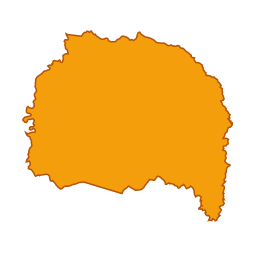 the district of Morrinhos, Goiás, Brazil, rotated 355°
{"feature_id": "56859067B47188635940101", "entity_name": "Morrinhos", "entity_type": "district", "adm_level": 2, "iso_a3": "BRA", "parent_name": "Brazil", "parent_adm1": "Goiás", "projection": "orthographic", "projection_center": [-49.117, -17.8], "detail": "fine", "context": "isolated", "style": "filled", "palette": "amber", "viewbox_px": 256, "rotation_deg": 355, "n_neighbors": 0, "source": "geoboundaries", "source_scale": "gbopen_adm2", "svg_char_len": 5781}
<svg xmlns="http://www.w3.org/2000/svg" viewBox="0 0 256 256"><g transform="rotate(355 128 128)"><path d="M222.5,164.7L222.9,163.4L223.7,162.3L223.6,160.7L222.5,158.9L220.5,158.4L220.9,157.4L221.8,156.6L221.2,155.4L221.6,154.3L224.2,154.3L225.0,153.2L226.3,152.6L226.5,151.7L226.3,150.6L226.2,149.3L227.1,148.3L225.9,147.1L224.6,146.8L221.8,146.7L223.2,144.7L223.7,143.7L224.1,142.4L224.9,141.4L226.5,140.2L226.7,138.8L227.2,137.8L228.0,136.3L229.8,136.1L231.0,135.4L232.2,133.6L232.3,132.1L231.4,132.5L231.0,130.1L230.3,130.8L229.7,129.4L229.1,128.5L228.4,127.6L230.0,127.7L230.3,126.6L229.5,125.6L230.4,124.5L230.8,123.5L230.0,122.8L229.1,122.3L229.3,121.2L228.6,120.0L227.4,119.2L226.9,118.4L227.6,117.5L226.6,116.1L226.2,115.1L225.2,114.5L224.4,113.7L223.6,110.8L222.8,109.1L224.3,108.7L225.2,108.7L226.3,107.4L225.9,106.3L225.7,104.7L225.2,103.5L224.9,102.4L225.2,101.2L225.3,99.8L224.9,98.7L225.4,97.2L224.6,96.4L223.3,95.5L224.5,93.8L223.6,92.4L223.1,91.1L222.0,90.4L221.4,88.9L221.3,87.5L219.0,86.1L218.7,85.0L217.8,84.6L216.3,85.0L215.5,84.1L214.2,83.2L212.7,82.7L211.7,82.5L210.6,82.7L210.2,81.5L210.4,79.8L209.3,78.8L208.8,77.5L208.1,76.8L208.0,74.3L207.4,73.3L207.5,71.9L205.3,69.9L204.3,69.3L203.3,69.0L202.3,69.0L201.1,68.5L200.5,67.1L199.8,66.0L199.7,65.0L200.4,64.0L198.0,63.3L197.0,62.3L197.4,61.1L196.2,60.1L195.3,58.9L194.3,58.1L192.1,56.2L190.8,54.5L189.7,53.3L188.4,53.3L187.5,52.8L186.5,52.1L186.4,50.9L185.4,50.3L184.1,50.2L183.3,50.8L182.2,50.8L181.4,50.2L180.3,50.6L178.4,49.0L176.6,49.5L175.1,49.4L174.2,48.7L173.0,47.7L171.1,46.5L169.7,46.6L168.5,46.4L167.2,46.1L164.8,45.7L163.2,44.7L161.8,42.9L160.0,41.7L158.4,40.7L155.4,39.4L153.2,38.9L149.1,35.6L148.0,33.5L146.3,34.1L145.2,36.4L144.7,38.1L143.8,39.8L142.2,40.7L140.9,41.3L139.9,40.3L138.6,40.4L137.2,40.6L136.8,39.3L134.8,37.5L131.5,36.1L129.8,36.2L128.3,37.4L127.3,38.4L125.8,38.7L124.3,39.5L123.3,40.7L122.2,40.9L120.7,40.7L118.9,40.7L116.2,39.4L115.9,38.2L115.4,37.0L114.1,36.6L110.7,37.5L109.2,37.1L107.5,36.0L104.7,33.7L103.5,31.7L102.5,32.2L101.6,31.2L99.7,28.1L97.7,29.4L96.9,28.4L95.7,27.9L94.6,29.1L93.0,29.0L92.1,29.6L90.9,30.8L89.6,32.5L75.8,29.6L74.6,28.7L74.9,30.4L75.4,31.3L75.9,32.4L76.5,33.3L76.0,34.6L75.0,35.0L73.0,34.6L72.0,36.1L72.7,37.2L72.9,38.3L72.3,39.5L72.6,41.0L72.8,43.5L74.3,44.9L74.7,47.2L74.8,48.9L72.8,48.6L71.6,49.0L70.3,49.6L69.4,50.4L69.7,53.6L69.0,54.7L68.8,56.0L67.7,57.0L66.4,56.4L66.3,54.9L65.4,54.3L64.0,55.4L62.0,55.0L60.7,54.4L59.4,54.7L59.0,55.7L58.8,56.8L57.8,57.4L58.1,58.4L57.2,58.6L54.8,58.6L53.5,59.2L54.1,60.1L55.4,61.1L55.3,62.2L54.3,63.1L52.5,63.4L51.4,63.9L49.5,64.0L48.5,64.7L47.4,65.9L46.4,66.6L44.9,67.4L42.2,69.0L41.3,70.0L40.3,71.5L40.2,72.6L40.0,73.8L39.6,75.2L39.6,77.1L39.0,78.6L39.5,80.0L39.9,81.5L40.1,83.2L38.2,85.5L37.6,86.5L37.6,87.9L38.3,89.5L38.5,91.0L37.9,91.8L36.9,92.4L36.1,93.0L35.9,94.3L36.7,95.7L36.4,96.6L36.7,98.0L35.7,99.2L33.9,100.1L32.5,99.7L31.5,99.2L30.3,97.9L28.9,99.0L28.6,100.4L28.2,102.4L28.3,103.5L29.2,104.4L30.3,104.7L31.5,105.0L32.6,106.1L32.4,107.2L31.5,107.5L26.3,108.2L24.4,109.7L24.0,111.0L25.2,112.5L25.9,113.3L27.2,113.6L28.1,112.8L28.5,111.5L29.6,110.8L31.2,110.9L34.1,110.5L35.3,112.3L34.9,113.6L33.9,114.9L34.1,116.0L35.2,116.9L33.6,118.6L31.3,118.2L30.0,119.1L29.7,120.7L30.9,121.5L32.4,121.1L33.4,120.3L34.6,120.6L35.1,121.4L35.4,122.7L35.1,123.9L33.9,124.0L32.3,123.9L29.7,124.4L27.8,125.1L27.0,124.5L25.7,123.5L26.2,125.2L26.8,126.4L27.9,127.5L29.7,128.5L29.7,130.1L30.2,131.0L30.8,132.2L30.5,133.9L30.5,135.5L30.8,137.1L29.8,138.3L28.7,139.3L28.0,140.5L27.2,142.5L27.0,144.5L26.1,145.3L26.4,146.8L26.6,148.1L26.2,149.1L25.2,149.9L24.2,151.1L23.7,153.0L25.0,152.9L26.7,152.3L27.4,153.7L27.5,155.7L27.0,156.6L25.5,157.8L25.2,159.9L28.2,161.1L28.9,162.5L29.6,163.7L30.2,164.5L30.9,166.6L31.8,168.0L34.6,167.0L35.6,167.8L36.4,167.4L37.5,167.2L39.2,167.2L41.5,167.0L42.6,167.0L44.0,167.3L45.5,168.9L45.6,171.7L46.0,172.5L46.0,173.7L47.1,174.3L48.2,173.8L50.9,177.2L51.5,178.7L52.4,179.7L53.1,180.8L54.3,181.9L55.5,182.9L56.9,182.6L59.6,180.6L63.8,180.7L65.2,180.5L68.0,179.5L70.8,179.2L73.5,178.4L75.2,178.0L77.9,178.0L79.1,177.9L116.3,192.8L117.7,190.1L119.2,188.8L120.5,188.0L121.8,187.4L123.2,185.8L129.9,190.6L133.0,190.7L136.1,190.4L138.5,188.7L140.5,186.0L141.4,185.2L143.7,182.7L144.5,182.1L144.9,181.1L146.3,181.6L147.5,181.6L148.5,182.2L149.9,182.4L150.5,181.4L152.5,179.3L153.6,178.6L155.1,179.3L156.1,179.9L157.1,181.3L158.3,182.3L159.3,183.5L160.2,185.0L160.5,187.3L161.5,187.4L164.0,186.2L164.7,187.2L166.2,187.1L168.1,188.0L169.2,188.3L169.4,189.4L171.1,189.8L172.1,190.4L172.3,191.7L173.2,192.3L174.2,192.0L176.1,190.2L177.3,189.9L178.5,189.1L180.0,191.3L180.5,192.8L181.2,193.5L184.0,192.6L185.4,191.3L187.3,193.3L188.3,195.5L188.5,200.1L189.0,201.3L189.3,202.5L191.4,201.4L193.3,201.5L194.0,202.4L195.0,203.1L194.7,204.0L193.9,205.3L193.6,207.1L194.8,206.9L194.3,208.2L194.1,210.8L195.0,211.9L193.8,212.1L192.7,213.5L191.8,213.8L191.5,214.9L194.9,215.3L195.2,216.6L197.5,216.4L197.9,217.7L198.5,218.8L197.3,219.4L197.9,221.1L199.3,222.3L200.8,222.2L201.6,223.6L201.6,224.7L200.2,227.1L201.2,226.9L203.5,227.5L204.4,225.8L206.2,226.9L206.8,228.1L208.3,227.6L209.1,225.6L210.5,224.3L212.0,223.3L210.6,222.1L211.4,220.9L212.9,219.4L213.9,217.5L212.8,216.2L212.2,214.6L213.1,214.0L214.7,213.4L215.7,213.4L217.3,211.5L216.7,209.9L216.1,208.0L216.6,206.9L217.5,207.5L216.9,205.4L217.4,204.5L217.1,202.5L217.9,201.5L216.9,201.1L218.7,196.4L218.8,194.8L218.0,193.8L216.7,193.5L218.5,191.4L219.6,190.8L220.6,189.7L219.1,189.0L219.3,187.5L220.8,185.9L221.1,184.1L220.9,181.9L222.0,180.9L222.5,177.6L223.2,176.1L224.0,175.3L225.1,175.0L226.5,173.9L225.4,173.0L224.2,172.7L223.4,171.8L222.5,171.0L221.4,169.4L223.2,166.4L222.5,164.7Z" fill="#f59e0b" stroke="#b45309" stroke-width="1.5"/></g></svg>